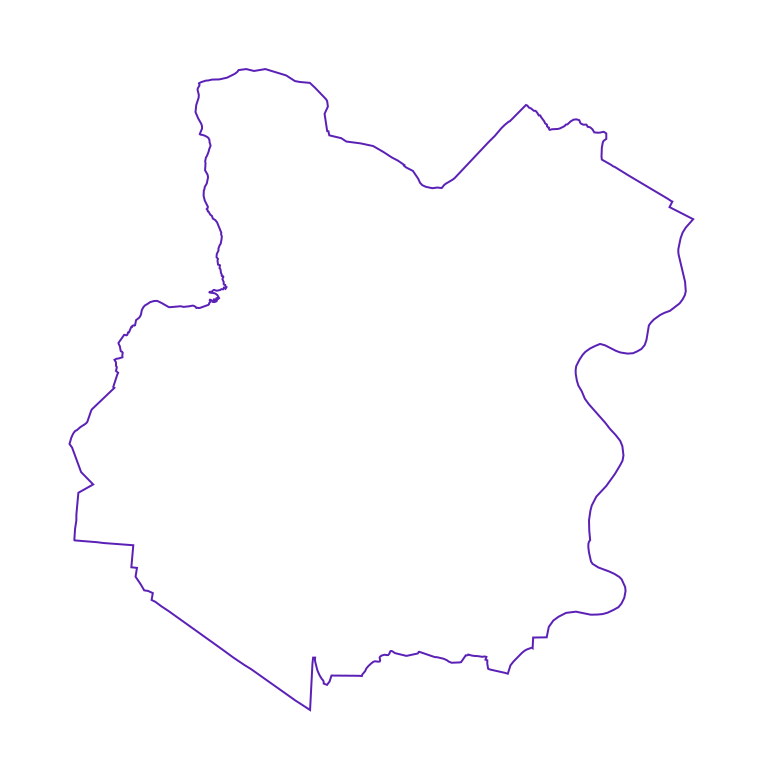 outline of Seini, Satu Mare, Romania, rotated 267°
{"feature_id": "2599482B17607964095904", "entity_name": "Seini", "entity_type": "district", "adm_level": 2, "iso_a3": "ROU", "parent_name": "Romania", "parent_adm1": "Satu Mare", "projection": "mercator", "projection_center": [23.303, 47.754], "detail": "fine", "context": "isolated", "style": "outline", "palette": "violet", "viewbox_px": 768, "rotation_deg": 267, "n_neighbors": 0, "source": "geoboundaries", "source_scale": "gbopen_adm2", "svg_char_len": 6124}
<svg xmlns="http://www.w3.org/2000/svg" viewBox="0 0 768 768"><g transform="rotate(267 384 384)"><path d="M532.4,701.4L545.7,678.4L551.1,681.5L551.5,680.6L553.9,677.4L580.0,638.3L588.7,625.8L589.4,624.2L590.8,622.5L596.7,613.3L599.5,613.1L608.6,613.9L614.0,615.2L615.4,616.1L617.1,618.8L622.5,619.1L623.2,618.3L624.4,616.5L623.8,613.2L623.7,611.0L624.3,607.1L627.3,605.6L629.4,603.5L629.8,602.6L630.2,600.8L631.6,600.3L632.5,599.4L632.5,596.7L633.6,594.5L634.3,593.8L637.2,592.8L638.2,590.1L638.1,587.3L636.6,584.3L633.7,580.8L633.5,579.1L632.1,577.8L630.0,573.0L629.6,570.9L629.6,565.1L629.1,562.9L629.3,562.5L630.7,561.9L631.4,562.1L631.8,561.2L632.8,560.3L634.5,560.3L635.9,558.5L637.9,557.8L642.0,555.0L644.0,554.1L644.2,553.5L644.0,552.8L645.4,551.8L646.1,551.7L648.5,550.0L648.9,549.4L649.0,547.9L651.4,545.4L652.4,543.3L654.6,541.6L655.2,540.4L639.6,523.2L639.5,522.3L636.4,518.1L633.3,514.6L626.1,507.8L620.2,501.2L585.8,465.2L584.4,463.1L580.8,456.2L579.7,454.6L576.7,451.9L577.4,447.5L577.0,442.5L578.7,436.2L580.5,432.7L583.1,430.5L587.2,428.9L595.3,424.0L599.1,417.4L601.0,415.3L601.6,415.8L606.4,409.5L609.8,403.7L615.7,395.6L622.2,385.6L625.5,373.3L628.1,359.1L631.7,354.2L635.2,342.4L639.3,341.7L639.5,340.5L656.9,338.8L664.0,342.5L669.7,342.0L671.7,340.8L683.6,330.5L688.6,325.7L690.0,315.8L691.2,310.9L697.3,302.4L704.7,282.0L703.4,270.6L705.7,262.9L705.1,255.2L703.4,253.9L701.5,251.1L698.1,243.2L696.8,235.5L697.0,228.1L696.3,224.3L696.3,222.1L695.1,217.4L694.1,215.1L693.8,214.9L692.5,215.4L691.8,215.3L688.9,213.5L687.5,213.2L682.5,214.2L679.7,213.9L672.4,211.1L665.4,210.0L659.1,212.3L653.2,215.2L650.9,215.8L648.5,215.6L643.2,213.1L642.7,213.6L642.2,215.9L641.2,218.3L639.8,220.6L638.6,221.7L636.9,222.4L634.4,222.5L631.1,223.3L627.3,221.6L625.4,221.1L621.0,219.1L619.4,218.0L615.9,217.1L613.6,217.3L606.8,216.5L602.2,218.8L599.5,219.1L593.5,217.5L590.1,215.3L588.0,214.9L586.6,214.2L581.5,213.7L576.6,214.6L570.2,217.4L569.0,217.1L568.0,216.1L566.6,217.1L565.6,217.1L565.0,218.0L562.3,219.3L560.8,221.0L558.2,221.7L556.4,224.2L554.1,225.8L543.7,229.4L541.8,229.2L539.9,229.8L536.4,229.2L532.5,228.2L531.5,227.3L528.1,225.8L526.0,225.7L522.5,223.8L519.4,223.4L517.5,224.8L516.1,224.2L511.9,224.5L511.4,226.2L511.0,226.4L508.3,225.8L507.2,226.7L503.4,227.0L501.9,227.7L500.6,227.6L500.3,227.8L500.1,228.8L499.3,229.2L497.8,228.3L497.0,228.2L494.1,229.3L492.2,229.1L491.5,229.7L491.2,230.6L489.8,230.8L489.0,231.8L487.3,230.7L488.5,229.1L487.0,228.3L487.2,226.5L486.4,225.2L485.9,221.7L486.9,219.2L486.6,218.5L485.3,217.0L485.1,214.7L484.7,214.5L484.4,214.8L483.5,219.6L482.3,221.4L481.4,222.3L478.4,223.8L477.8,223.0L478.6,222.3L478.5,221.2L478.1,221.0L477.5,222.0L476.9,221.6L477.4,218.6L477.1,218.5L476.7,219.1L476.4,221.0L476.0,221.4L475.4,221.1L474.7,219.0L474.9,217.4L475.1,217.2L475.6,217.4L477.0,215.6L477.3,214.7L476.8,214.3L475.6,214.9L474.9,214.8L474.0,213.7L472.7,213.3L472.2,212.7L469.6,204.1L469.6,202.8L469.9,201.7L469.7,200.6L470.8,200.0L471.8,198.6L472.3,197.1L471.8,193.6L471.5,187.9L472.3,184.9L471.9,174.4L472.1,173.0L476.5,166.2L478.7,162.2L478.9,161.6L478.9,158.6L477.9,154.5L477.0,153.2L474.9,149.3L473.4,147.8L470.5,146.0L466.3,145.0L464.1,143.9L463.0,142.9L460.7,139.7L455.7,138.5L455.4,137.8L455.7,136.7L455.3,136.0L454.3,135.4L454.6,135.0L454.4,134.7L448.9,132.0L448.8,131.7L449.0,131.3L448.7,131.0L446.5,130.2L446.1,129.5L446.7,127.1L439.7,121.6L438.9,121.0L438.1,121.1L435.4,122.2L430.8,122.8L430.4,123.0L430.0,124.0L429.0,124.7L426.5,124.2L424.4,124.2L423.4,120.4L423.2,118.1L422.2,116.1L420.1,117.3L418.9,117.5L416.2,117.3L415.3,117.9L414.2,118.0L411.1,117.0L409.1,119.1L407.0,118.0L395.3,113.5L394.8,113.6L394.2,114.5L374.2,91.2L373.0,90.3L361.4,85.6L359.8,83.7L356.9,78.6L353.9,74.8L353.4,73.3L351.9,71.9L350.2,70.7L346.7,68.9L340.6,66.8L336.8,69.2L311.9,76.9L298.9,88.3L291.4,73.1L270.0,70.0L263.7,69.6L255.5,67.9L244.4,66.6L244.0,66.9L241.0,89.4L239.9,95.4L236.1,125.2L214.2,122.1L213.3,127.7L204.6,125.8L196.4,130.7L190.5,133.7L189.7,137.5L187.3,142.2L180.5,140.6L178.5,144.2L173.6,150.1L168.6,156.9L127.3,208.7L118.8,219.1L110.6,230.0L106.2,236.4L72.6,278.9L62.3,293.1L108.3,297.9L114.5,298.9L114.4,300.9L112.4,300.6L110.0,300.8L101.5,302.5L96.5,304.4L92.8,306.4L91.0,307.8L89.4,308.2L88.0,308.1L86.5,311.3L89.8,314.1L95.6,316.3L93.9,344.0L93.5,346.6L95.0,347.1L98.2,350.1L100.9,351.5L103.3,353.8L105.7,356.7L107.1,358.8L107.6,360.5L107.0,363.6L107.1,365.2L108.2,365.7L111.0,365.3L112.0,365.9L113.0,367.6L113.6,370.4L113.1,372.8L113.1,374.0L114.4,375.2L116.7,376.3L117.0,376.8L117.0,377.4L116.4,378.7L114.7,380.8L111.3,392.2L113.1,403.5L113.5,404.0L114.6,404.6L114.8,405.0L109.1,419.2L108.5,420.9L108.5,422.3L106.5,429.2L104.9,432.3L103.4,434.1L102.1,436.9L102.0,445.1L102.2,446.4L108.8,451.5L108.6,452.4L109.0,453.8L109.4,454.0L108.3,457.2L107.8,459.5L107.3,463.7L106.4,467.9L106.6,469.4L106.5,470.9L106.1,472.0L103.4,470.9L102.7,472.7L99.2,472.5L94.2,473.1L93.4,474.7L89.2,489.7L88.2,492.5L96.5,495.6L100.2,498.9L108.1,507.5L110.0,510.0L111.1,512.0L111.8,513.9L113.0,518.1L112.5,518.6L123.0,519.7L122.5,533.2L132.9,535.9L138.9,540.7L142.4,546.0L145.9,553.8L146.6,563.8L142.8,578.4L142.6,585.2L142.8,590.2L143.9,595.3L146.4,601.4L148.9,606.5L152.4,609.7L158.0,612.8L164.7,614.4L168.6,614.2L176.5,611.1L179.0,608.9L182.4,604.0L184.9,599.2L189.6,588.4L193.5,582.8L196.1,581.4L205.0,579.9L210.8,579.5L213.9,579.8L215.9,580.5L217.3,581.7L226.7,581.3L237.3,581.6L246.7,583.5L251.8,585.1L260.5,590.2L270.5,600.6L282.1,609.9L290.9,615.8L295.0,618.2L300.1,619.4L309.4,618.8L314.9,616.9L320.8,612.8L327.5,607.2L333.6,603.0L353.1,587.5L358.8,583.8L366.6,581.0L372.3,578.0L377.2,576.8L383.9,576.0L387.9,576.1L391.8,576.9L398.1,580.5L402.6,583.8L405.6,586.8L408.7,591.7L410.9,596.8L412.7,601.9L411.1,606.7L405.0,617.3L403.1,621.7L401.6,628.9L401.7,634.3L403.3,638.5L405.5,642.9L409.3,646.4L414.3,648.4L428.7,651.6L431.6,654.0L434.3,656.9L438.5,663.4L440.4,667.8L442.1,673.4L449.0,683.4L452.8,686.6L457.0,689.1L460.8,690.2L470.3,690.0L497.1,685.1L499.9,684.8L503.3,685.0L514.0,687.8L519.7,690.2L524.5,693.6L532.4,701.4Z" fill="none" stroke="#5b21b6" stroke-width="2"/></g></svg>